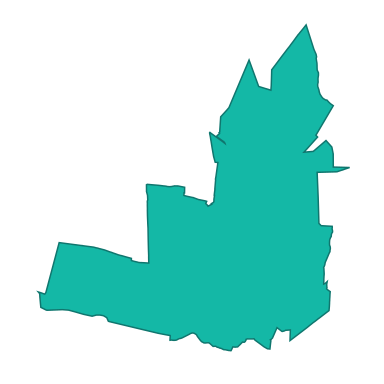 outline of Santa Cruz Xoxocotlán, Oaxaca, Mexico, rotated 87°
{"feature_id": "50627088B97007763045384", "entity_name": "Santa Cruz Xoxocotlán", "entity_type": "district", "adm_level": 2, "iso_a3": "MEX", "parent_name": "Mexico", "parent_adm1": "Oaxaca", "projection": "albers", "projection_center": [-96.747, 17.01], "detail": "fine", "context": "isolated", "style": "filled", "palette": "teal", "viewbox_px": 384, "rotation_deg": 87, "n_neighbors": 0, "source": "geoboundaries", "source_scale": "gbopen_adm2", "svg_char_len": 5403}
<svg xmlns="http://www.w3.org/2000/svg" viewBox="0 0 384 384"><g transform="rotate(87 192 192)"><path d="M182.8,230.8L182.0,236.3L182.4,237.1L187.3,237.3L189.2,237.4L192.5,236.7L192.9,236.6L197.6,236.6L198.7,237.1L199.9,237.2L200.1,237.1L203.1,237.3L206.7,237.4L207.7,237.5L213.3,237.7L221.3,237.8L225.8,237.8L228.5,237.9L236.6,238.2L247.1,238.5L253.7,238.6L254.5,238.7L260.7,238.9L260.3,242.4L260.0,244.9L259.9,246.1L259.8,247.3L259.6,248.7L259.5,249.2L259.2,250.0L259.0,250.6L258.9,251.1L258.6,252.0L258.3,253.1L257.3,256.1L256.8,256.1L255.1,256.0L255.0,256.3L254.4,258.2L253.7,260.3L253.5,260.9L253.3,261.5L253.1,262.1L252.4,264.1L251.8,265.9L251.6,266.8L251.3,267.6L250.9,268.9L250.5,269.8L249.7,271.7L248.9,273.7L248.1,275.5L247.8,276.3L247.5,277.2L246.8,278.8L246.0,280.7L245.7,281.4L245.5,281.9L245.3,282.4L244.9,283.6L244.7,284.3L244.2,285.8L243.7,287.5L243.1,289.1L242.7,290.8L242.4,291.6L241.9,293.2L241.8,293.8L235.6,327.3L284.8,343.2L286.3,344.4L284.7,348.2L283.8,350.7L285.4,349.5L285.5,349.5L286.8,349.4L288.7,349.4L294.6,349.2L294.9,349.2L299.3,349.0L302.3,343.7L302.5,342.6L302.7,327.7L303.5,321.4L305.7,314.7L308.5,306.6L310.8,298.2L309.9,294.0L310.1,290.2L310.9,286.9L313.0,283.7L316.7,282.3L317.1,281.3L325.7,252.2L331.3,233.2L333.0,226.4L334.2,221.3L334.9,221.3L338.3,221.7L338.9,221.7L338.8,220.6L338.8,219.8L339.1,218.8L339.2,216.5L339.0,215.1L338.2,213.5L337.8,212.5L337.6,211.0L337.2,209.6L333.9,202.1L333.5,201.4L333.0,200.1L332.8,198.9L333.1,197.4L334.2,195.7L334.7,195.1L335.5,194.6L336.5,194.2L340.9,191.2L342.1,190.1L342.6,189.1L343.3,188.1L343.4,187.4L343.5,186.5L343.4,185.5L343.4,183.6L343.8,182.5L344.5,181.8L345.7,180.6L347.3,179.0L347.3,178.0L347.2,177.0L347.4,176.2L348.4,174.9L348.5,173.9L348.8,173.4L349.2,172.8L349.4,172.2L349.5,171.6L350.0,170.5L350.6,169.5L351.1,168.6L351.3,166.8L351.6,165.8L352.2,163.6L352.3,162.7L352.5,161.7L352.5,161.3L352.3,161.2L351.4,160.7L350.7,160.3L350.0,160.0L349.5,159.6L348.8,159.3L349.2,156.9L349.1,156.0L349.1,154.7L348.8,154.1L348.5,153.9L347.0,152.1L345.6,150.6L344.5,149.4L344.7,148.6L344.7,147.5L344.4,147.1L344.1,146.7L343.6,146.4L342.9,145.9L342.0,145.8L341.6,144.5L341.9,139.6L341.8,137.8L342.7,137.3L343.5,136.5L347.9,131.1L349.0,129.8L350.2,128.4L350.4,128.1L352.5,124.9L352.7,123.5L352.9,122.4L349.8,121.9L346.8,121.4L344.7,121.0L344.3,121.1L344.2,121.2L343.9,121.4L343.6,121.5L343.3,120.6L342.5,119.8L342.1,119.3L331.9,114.2L332.7,113.3L335.9,109.5L336.0,109.2L335.6,107.2L335.4,106.6L335.0,105.9L334.9,101.0L345.5,101.9L341.2,95.6L335.8,87.7L333.2,83.9L331.2,81.2L330.5,80.2L328.9,78.0L327.7,76.1L327.3,75.5L325.3,72.7L324.2,71.0L321.3,66.8L317.6,61.4L314.9,61.0L313.4,60.8L310.5,60.5L309.1,60.4L307.7,60.2L306.3,60.1L306.2,60.1L304.7,59.9L301.8,59.6L301.6,59.6L298.7,59.2L298.6,59.4L298.5,59.5L297.3,61.0L295.8,62.7L294.4,62.2L294.2,62.3L293.3,62.3L291.1,62.3L288.6,61.7L289.6,62.9L290.2,63.7L290.5,64.5L290.8,65.3L289.3,65.2L287.6,65.0L285.8,64.9L284.0,64.7L283.0,64.6L281.6,64.4L280.5,64.3L279.0,64.3L276.8,64.3L276.0,64.3L275.1,64.3L274.3,64.5L273.6,64.1L273.1,63.8L271.7,63.2L271.2,63.1L270.4,62.9L269.8,62.8L268.8,62.4L266.0,61.0L260.0,58.1L259.1,57.5L258.5,57.3L257.2,57.2L256.3,56.9L255.7,56.8L254.6,56.8L253.2,57.0L252.6,57.4L250.5,57.4L248.4,57.2L247.0,57.0L246.2,56.7L244.3,55.8L244.0,55.4L243.7,55.3L242.9,55.2L241.6,55.0L240.4,54.5L239.5,53.8L238.9,53.7L238.1,53.7L237.2,53.8L236.4,54.0L235.8,54.0L235.0,53.8L233.9,53.8L233.6,53.8L232.4,64.8L230.0,66.9L204.1,66.3L178.9,66.0L179.4,46.2L175.8,33.3L174.5,49.6L161.4,49.0L154.4,50.0L147.6,55.5L157.8,68.8L158.1,78.1L143.7,63.7L141.8,65.3L113.2,46.4L111.0,49.2L109.4,50.7L107.2,52.5L107.1,53.8L106.2,55.0L105.6,56.0L104.2,57.2L103.0,57.9L101.1,59.0L98.6,59.7L96.8,59.9L93.3,60.9L91.2,60.9L88.9,60.3L86.7,60.3L84.9,60.2L82.0,59.6L79.6,59.5L76.8,60.6L74.5,60.6L72.1,60.5L69.8,60.5L67.3,60.8L64.9,61.0L63.6,60.5L60.9,60.9L59.6,61.4L55.9,62.8L31.1,69.3L33.5,71.4L34.3,72.1L37.8,75.3L38.8,76.2L39.4,76.7L39.6,76.9L40.8,78.1L41.4,78.5L41.6,78.7L43.3,80.1L45.8,82.1L46.8,82.9L50.2,85.8L51.5,86.8L53.5,88.6L55.6,90.4L57.5,92.0L61.0,95.0L70.1,102.6L74.1,106.0L82.9,106.7L90.0,107.3L94.5,107.9L90.1,119.9L63.2,128.1L109.7,150.7L113.1,154.0L118.4,159.4L133.6,161.2L134.2,161.9L134.9,161.4L135.8,162.3L136.6,163.4L137.8,164.7L141.0,160.7L141.4,160.3L141.5,160.0L141.7,159.8L142.0,159.5L142.2,159.3L142.4,158.9L142.6,158.8L142.7,158.6L142.9,158.3L143.1,158.1L143.3,157.8L143.5,157.6L143.8,157.3L144.1,157.1L144.5,156.9L144.9,156.6L145.3,156.5L143.1,159.0L138.3,165.0L134.4,169.9L134.1,170.2L133.4,171.0L133.7,171.3L134.5,171.3L137.7,170.8L140.8,170.5L142.3,170.3L148.9,169.6L153.2,169.1L157.4,168.6L157.9,168.5L159.3,168.2L163.5,167.3L163.9,164.6L177.9,167.3L180.4,167.9L181.2,167.8L190.0,169.0L190.0,168.9L190.5,168.9L192.9,169.4L196.4,170.0L196.5,169.7L197.1,169.8L198.5,170.1L200.4,170.5L200.9,170.5L202.4,170.6L203.0,170.8L203.5,171.2L204.1,172.2L204.6,173.3L205.3,172.9L206.1,174.8L206.8,176.4L207.0,176.7L206.0,177.3L204.2,178.9L202.1,177.8L201.9,178.2L201.7,178.8L201.1,181.0L199.8,186.1L197.5,191.4L197.5,191.6L197.5,191.8L195.9,197.6L195.3,199.5L195.0,200.3L192.4,200.0L192.5,199.5L191.2,199.4L189.7,199.3L188.4,199.2L186.9,199.1L185.2,205.8L185.3,206.3L185.2,206.4L185.0,209.1L185.1,209.7L185.5,212.5L185.5,214.5L185.1,217.0L184.9,217.3L184.6,218.9L184.4,220.4L184.1,221.9L183.5,225.6L182.8,230.8Z" fill="#14b8a6" stroke="#0f766e" stroke-width="1.5"/></g></svg>